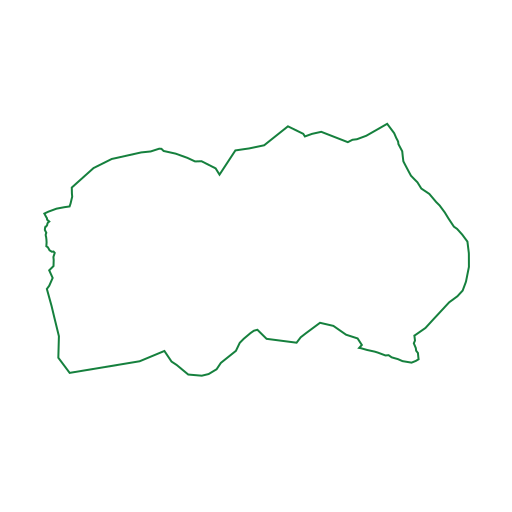 the district of Vandeikya, Benue, Nigeria, rotated 263°
{"feature_id": "59680162B81014786719276", "entity_name": "Vandeikya", "entity_type": "district", "adm_level": 2, "iso_a3": "NGA", "parent_name": "Nigeria", "parent_adm1": "Benue", "projection": "natural_earth1", "projection_center": [9.083, 6.807], "detail": "fine", "context": "isolated", "style": "outline", "palette": "green", "viewbox_px": 512, "rotation_deg": 263, "n_neighbors": 0, "source": "geoboundaries", "source_scale": "gbopen_adm2", "svg_char_len": 2074}
<svg xmlns="http://www.w3.org/2000/svg" viewBox="0 0 512 512"><g transform="rotate(263 256 256)"><path d="M346.4,81.5L340.4,80.9L337.3,80.8L330.6,78.3L327.9,77.0L327.8,71.7L327.3,63.8L325.3,55.3L323.9,51.1L321.6,52.0L319.8,52.7L319.0,53.1L318.0,53.1L317.5,53.1L316.0,54.5L315.4,55.0L314.5,53.5L313.1,52.7L312.2,52.5L310.9,51.4L310.8,50.6L309.5,50.0L307.6,49.6L304.6,50.7L303.0,49.9L301.7,49.8L300.4,50.0L298.0,50.0L295.0,49.8L291.2,49.1L290.0,50.5L286.8,51.8L285.1,53.9L285.1,55.6L283.6,56.6L279.7,54.8L276.6,54.7L270.7,53.8L267.0,49.0L259.0,51.5L251.6,47.1L248.8,44.4L231.3,47.0L219.8,48.3L200.4,50.6L179.1,47.4L162.7,56.8L165.7,127.7L172.9,153.5L161.5,159.3L157.5,164.0L146.6,174.3L143.8,187.6L144.6,194.6L148.4,203.1L154.2,208.1L164.3,224.5L171.8,229.3L175.3,233.7L180.2,241.2L182.1,244.8L182.6,248.4L172.5,256.4L165.0,285.7L169.9,290.5L173.3,296.2L181.9,311.4L177.2,324.3L166.9,335.8L161.8,346.8L154.8,350.2L152.2,347.2L151.7,348.9L149.2,354.8L148.4,357.1L146.6,362.2L145.3,365.1L141.5,372.4L141.4,375.5L138.9,378.3L137.6,381.3L136.4,384.2L133.8,388.6L132.5,393.0L131.2,397.4L132.4,401.9L133.7,404.8L136.2,404.8L140.0,404.9L142.5,403.4L145.1,403.4L150.1,402.0L152.7,403.5L155.2,403.5L155.7,403.5L157.7,403.5L158.2,404.6L163.9,415.4L171.5,424.3L177.4,431.3L177.9,431.9L179.0,433.2L186.5,442.1L191.5,451.0L196.5,456.9L204.0,460.8L205.3,461.4L219.2,466.0L231.8,467.5L233.0,467.6L244.5,467.6L252.1,463.3L258.4,458.9L261.0,456.0L269.8,451.6L276.2,448.7L283.8,444.4L287.6,441.4L296.5,435.6L302.8,428.3L309.5,425.2L312.7,422.7L316.8,419.6L320.6,418.1L328.2,415.2L332.0,413.8L337.0,413.8L342.1,413.9L349.7,411.0L352.2,411.0L353.7,410.5L356.0,409.6L361.1,408.1L371.2,402.3L361.9,380.1L359.6,370.4L359.6,365.9L357.8,361.0L371.3,335.9L370.4,326.5L368.7,319.1L371.5,317.8L380.8,303.5L369.4,284.9L364.9,277.6L363.6,262.3L363.5,256.8L363.3,248.4L341.2,229.7L347.9,226.6L356.7,213.5L357.3,207.0L361.8,199.8L367.4,188.7L371.5,177.1L373.9,175.2L374.3,173.0L372.6,164.2L372.8,154.7L370.2,128.1L369.9,124.7L363.1,105.5L346.4,81.5Z" fill="none" stroke="#15803d" stroke-width="2"/></g></svg>